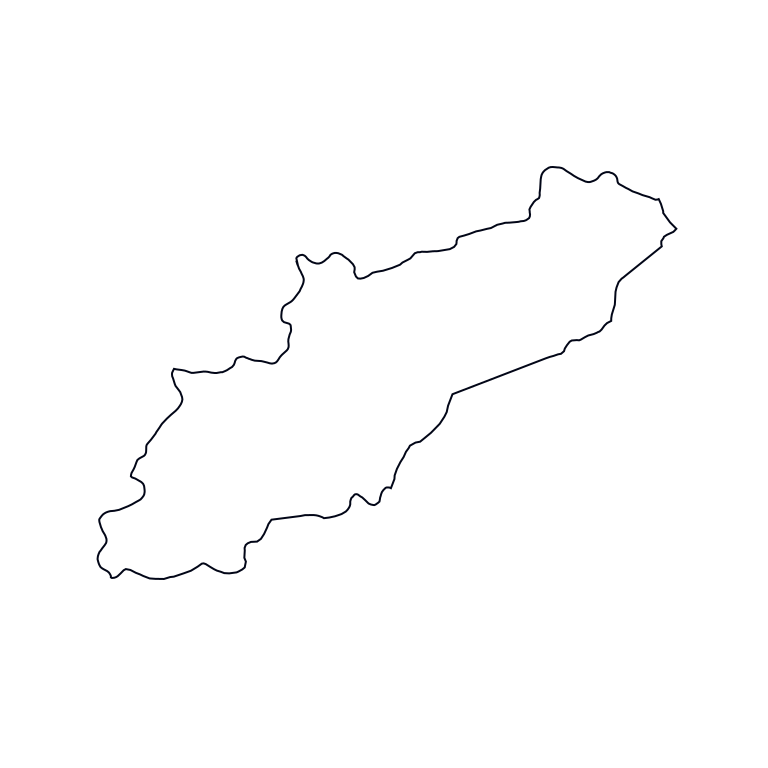 outline of Saut, Micoud, Saint Lucia, rotated 111°
{"feature_id": "8701671B56473836536162", "entity_name": "Saut", "entity_type": "district", "adm_level": 2, "iso_a3": "LCA", "parent_name": "Saint Lucia", "parent_adm1": "Micoud", "projection": "mercator", "projection_center": [-60.943, 13.813], "detail": "fine", "context": "isolated", "style": "outline", "palette": "ink", "viewbox_px": 768, "rotation_deg": 111, "n_neighbors": 0, "source": "geoboundaries", "source_scale": "gbopen_adm2", "svg_char_len": 6142}
<svg xmlns="http://www.w3.org/2000/svg" viewBox="0 0 768 768"><g transform="rotate(111 384 384)"><path d="M278.4,469.7L278.3,473.6L278.7,475.4L279.2,476.8L280.1,478.1L281.1,479.2L282.2,480.0L283.0,480.4L284.4,480.6L286.1,481.3L287.6,482.2L290.6,483.8L293.0,485.6L294.7,487.7L295.2,488.8L295.7,490.4L296.0,494.1L295.9,495.3L295.2,498.6L294.3,500.8L293.7,501.6L293.1,502.8L292.7,503.9L292.6,504.9L292.6,506.3L293.2,507.5L294.1,508.9L296.3,510.5L297.1,510.8L298.0,510.9L302.1,508.2L302.0,508.8L303.3,507.8L304.9,506.2L306.7,504.7L309.3,501.6L310.3,500.7L312.5,498.3L314.0,497.1L314.9,496.5L316.3,496.0L318.2,495.6L319.8,495.5L322.7,495.6L324.9,495.9L327.6,496.0L336.0,498.4L337.8,499.0L339.4,499.7L340.9,500.6L344.9,503.8L346.3,504.8L348.2,505.6L350.3,505.8L353.0,505.5L356.6,504.5L358.5,503.8L360.1,502.8L361.2,501.8L362.1,499.5L361.7,494.4L362.2,492.7L363.0,492.0L366.8,490.1L368.6,489.7L371.7,489.8L376.4,489.3L378.6,488.6L380.5,487.6L382.2,486.8L383.8,486.3L385.9,486.3L387.5,486.8L393.2,489.7L394.7,490.3L396.5,490.9L398.7,491.3L401.1,491.9L402.7,492.7L403.9,493.9L405.1,495.9L405.6,498.0L405.8,500.7L406.3,504.8L406.6,506.8L408.5,513.0L408.8,515.9L408.8,518.1L408.9,519.4L408.8,520.6L408.9,522.1L408.6,524.3L409.0,525.8L410.1,527.5L411.1,528.9L412.4,530.3L413.6,530.9L415.8,531.2L417.7,531.0L419.8,531.0L422.5,531.9L424.5,533.5L427.2,535.4L428.7,536.8L430.9,539.1L431.5,540.6L433.7,544.2L434.4,546.0L435.3,549.4L435.8,552.9L436.3,554.8L437.0,556.8L441.8,565.7L442.6,567.8L442.7,569.3L442.8,573.2L442.9,574.9L443.5,578.0L444.7,583.0L445.1,585.5L448.7,585.8L449.6,585.8L450.7,585.5L452.7,584.5L454.4,582.9L459.0,579.3L460.5,577.9L463.0,573.8L464.6,571.3L465.9,570.2L468.5,567.9L470.6,566.7L473.0,566.3L475.5,566.4L477.5,566.8L480.6,567.6L481.8,568.1L483.7,568.9L489.0,571.8L494.1,574.3L500.4,576.9L501.8,577.3L505.2,578.0L510.5,579.3L512.3,579.5L519.6,581.6L524.0,583.2L525.6,583.7L526.5,583.7L527.7,583.5L530.7,582.4L532.9,581.7L534.1,581.6L535.9,581.8L537.2,582.4L540.6,585.3L541.7,586.1L543.4,587.0L545.6,587.1L550.8,587.0L553.4,587.2L557.5,587.8L559.4,587.6L560.9,587.2L561.5,585.7L561.4,582.3L562.5,575.4L563.5,573.1L565.1,571.5L566.5,570.7L568.8,569.5L570.5,568.8L573.0,568.3L574.5,568.4L576.7,569.0L579.0,569.9L580.8,571.3L583.0,573.2L586.6,576.1L589.7,579.0L596.4,586.2L599.0,590.3L600.8,594.0L602.0,595.7L603.4,597.3L604.7,598.4L606.3,599.5L608.3,600.3L611.2,601.1L612.4,601.3L613.5,600.9L614.8,600.2L619.1,596.9L620.7,595.3L622.1,594.0L624.6,590.8L625.5,589.8L628.1,587.6L629.9,586.8L631.6,586.5L632.1,586.5L634.5,587.0L638.1,588.1L641.3,588.9L642.7,589.4L645.0,589.5L647.1,589.4L649.3,588.9L650.4,588.5L652.5,587.0L654.0,585.8L655.2,584.6L656.5,583.0L657.1,581.1L657.4,579.4L657.9,575.3L658.6,573.2L659.9,571.4L661.1,570.2L662.4,569.7L662.6,568.5L661.5,566.3L660.2,564.8L658.9,563.8L655.2,562.0L651.2,560.3L649.3,558.7L648.5,554.1L649.2,548.0L649.2,543.5L649.5,540.0L649.5,533.1L647.9,527.8L644.9,519.6L640.9,514.5L639.2,511.2L632.5,503.1L627.5,497.3L621.3,492.5L617.0,489.7L616.1,488.1L616.0,485.9L617.0,480.9L617.8,476.3L618.1,473.1L617.8,469.0L617.8,465.4L616.3,460.7L612.7,454.1L611.3,452.7L608.0,449.9L605.2,448.3L599.3,449.3L596.3,452.1L589.4,454.3L587.0,455.4L583.8,455.4L581.5,454.1L579.1,451.6L576.6,446.0L572.7,443.4L567.0,442.2L559.9,441.7L556.2,441.7L551.0,440.4L537.2,414.7L534.7,410.7L531.5,402.5L530.9,400.2L530.6,398.1L530.5,396.4L530.5,393.6L530.8,392.0L528.3,387.3L525.1,382.4L522.3,379.0L520.6,377.0L519.1,375.8L516.7,373.9L514.3,372.9L511.7,372.3L510.1,372.2L508.4,372.4L505.8,373.4L504.0,373.6L502.1,373.6L500.1,372.6L498.6,372.2L497.5,371.6L497.1,371.0L496.6,369.9L496.6,368.6L497.4,365.8L497.7,363.7L499.2,359.9L500.7,356.5L501.1,355.5L501.2,353.1L500.8,350.6L500.5,349.6L499.5,348.6L497.1,347.0L495.4,346.1L493.7,346.4L491.4,346.9L489.6,347.0L487.8,347.2L485.6,347.2L483.3,346.6L480.4,345.3L479.7,344.5L479.1,343.1L478.7,341.7L478.8,340.2L469.0,340.2L465.5,341.3L458.6,341.5L451.0,340.7L445.1,339.5L439.4,339.2L435.0,338.0L432.3,337.7L427.4,333.6L424.9,329.6L412.8,322.7L401.2,317.7L392.9,315.9L387.7,315.4L381.3,316.4L369.0,316.4L301.9,242.0L299.2,238.8L297.1,235.9L293.9,232.1L292.4,229.6L288.9,227.7L286.1,227.9L282.2,227.1L278.0,225.8L276.1,224.3L273.9,219.7L273.3,217.5L272.1,216.2L268.3,213.2L265.5,210.7L262.3,206.2L260.0,203.8L258.6,202.6L257.8,201.6L255.3,200.4L250.4,199.1L247.2,197.6L243.7,194.5L241.2,195.4L237.5,196.2L227.4,196.9L225.4,197.5L214.9,200.9L210.5,201.5L204.8,201.5L200.5,199.9L198.7,198.7L196.2,197.3L156.0,174.0L154.1,175.2L151.3,176.3L147.7,175.4L146.2,175.4L143.3,173.3L138.3,168.4L136.6,167.6L134.3,166.7L130.6,174.9L124.3,184.6L122.6,185.3L116.6,190.0L112.9,193.8L113.8,194.8L114.7,196.6L114.6,200.3L114.4,203.0L115.0,210.3L114.9,214.9L115.1,221.0L114.4,225.7L114.2,228.3L113.6,232.1L113.1,236.0L112.6,237.3L111.5,238.4L108.8,239.9L107.6,241.0L106.6,242.3L106.0,243.6L105.6,245.0L105.4,246.2L105.5,247.4L105.6,248.2L105.5,249.6L106.5,252.3L107.5,253.7L109.0,255.3L110.4,256.4L113.1,257.6L114.7,258.0L115.9,258.5L117.5,259.5L119.0,260.9L121.2,263.5L121.9,264.6L122.4,266.0L122.8,268.4L122.3,276.7L121.6,281.3L120.8,284.6L119.8,289.9L118.8,293.6L118.7,295.7L119.1,298.0L119.7,299.8L120.3,302.0L120.9,304.1L121.7,306.0L123.0,307.7L124.8,309.0L126.6,310.3L128.7,311.2L130.2,311.6L132.2,311.8L133.9,311.6L136.6,311.1L145.7,308.2L149.8,307.2L151.8,306.3L153.4,306.0L154.8,305.9L156.2,306.8L157.7,308.1L160.3,309.3L166.0,310.6L168.9,310.8L170.7,309.8L171.3,309.6L173.4,308.4L175.3,307.9L177.1,308.0L178.8,309.1L180.3,310.2L181.7,311.9L183.1,314.7L184.3,316.4L185.3,318.3L188.5,324.9L190.1,328.7L191.7,330.8L194.8,335.4L200.1,340.1L202.2,343.4L206.1,348.9L208.5,352.7L213.4,358.2L216.7,362.4L219.6,366.4L221.4,367.5L224.5,367.5L225.5,367.1L227.4,366.6L230.9,367.7L234.5,370.9L240.7,381.4L242.5,385.8L245.2,391.1L247.0,396.2L248.1,397.7L248.9,399.8L250.9,402.1L257.3,404.4L259.1,405.9L264.0,410.3L266.9,411.8L272.8,418.1L278.6,425.5L281.7,430.8L284.3,434.6L288.8,437.5L292.3,440.9L294.1,443.8L294.8,446.2L293.7,448.7L290.3,451.9L287.4,452.5L285.5,453.3L283.3,455.9L280.6,461.8L280.2,463.7L279.0,468.1L278.7,468.6L278.4,469.7Z" fill="none" stroke="#020617" stroke-width="2"/></g></svg>